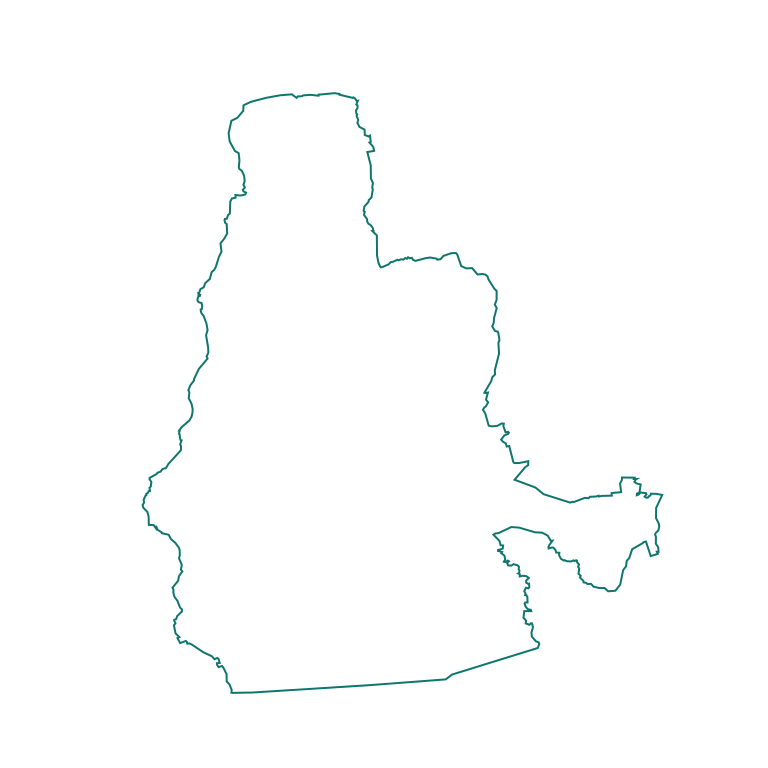 Chapala, Jalisco, Mexico (Equal Earth projection), rotated 81°
{"feature_id": "50627088B97222259694583", "entity_name": "Chapala", "entity_type": "district", "adm_level": 2, "iso_a3": "MEX", "parent_name": "Mexico", "parent_adm1": "Jalisco", "projection": "equal_earth", "projection_center": [-103.201, 20.28], "detail": "fine", "context": "isolated", "style": "outline", "palette": "teal", "viewbox_px": 768, "rotation_deg": 81, "n_neighbors": 0, "source": "geoboundaries", "source_scale": "gbopen_adm2", "svg_char_len": 6130}
<svg xmlns="http://www.w3.org/2000/svg" viewBox="0 0 768 768"><g transform="rotate(81 384 384)"><path d="M592.7,139.1L588.2,138.7L584.2,140.5L577.5,139.3L575.1,139.8L573.7,139.0L571.5,135.9L567.7,134.4L564.8,134.5L559.0,136.3L549.0,134.6L537.1,126.6L535.1,132.1L534.1,137.5L535.8,138.3L536.3,140.0L537.4,141.0L537.5,142.4L536.0,144.2L534.0,142.0L532.7,142.4L531.3,147.7L533.0,149.7L533.4,151.7L531.8,151.3L531.4,148.8L523.4,146.2L521.7,150.1L519.9,152.0L517.8,150.4L517.3,149.2L516.9,152.0L515.7,151.2L513.6,163.6L516.0,164.1L519.2,166.4L527.9,166.7L527.3,176.2L529.9,176.5L528.6,186.5L528.7,189.4L527.9,189.5L528.3,192.2L527.6,198.3L528.8,199.7L527.9,203.6L530.3,215.0L529.8,216.1L530.3,218.6L517.8,243.6L509.9,250.7L499.0,270.0L488.3,257.6L486.7,254.3L482.8,253.6L483.2,262.4L482.5,267.7L481.2,268.5L464.9,270.0L464.9,272.5L461.6,273.1L459.8,275.4L457.3,277.0L453.6,273.2L452.7,269.1L451.6,268.3L450.7,268.8L450.7,271.5L444.4,272.7L441.8,271.9L441.4,274.0L443.1,278.7L442.7,284.3L441.5,287.1L428.9,288.6L425.0,290.4L422.8,288.5L422.2,287.0L418.4,284.0L415.4,285.7L408.7,282.7L408.8,285.0L408.3,286.2L397.9,277.6L394.4,276.1L391.9,272.8L387.8,272.4L371.9,265.6L361.3,264.6L358.7,263.1L351.9,263.1L350.2,263.3L348.9,266.1L344.1,268.1L340.6,266.0L336.3,265.1L326.6,260.8L323.0,262.1L318.4,259.6L309.7,258.2L307.3,260.0L297.2,264.4L293.7,265.0L291.7,266.9L290.7,269.9L290.5,274.4L283.3,278.9L282.7,284.6L279.6,289.3L267.5,291.4L265.9,292.5L265.3,297.0L266.8,305.3L269.5,308.6L269.6,311.8L268.4,312.5L266.3,318.6L266.2,322.9L267.3,333.8L265.9,335.9L263.7,336.8L263.9,339.0L262.6,340.4L263.9,341.7L262.9,343.2L264.2,345.4L263.5,347.5L264.1,350.1L263.4,351.3L264.7,356.0L264.6,358.1L266.6,360.9L268.2,367.2L268.3,368.8L267.3,369.4L263.6,370.5L256.0,370.8L236.1,367.8L231.0,371.7L230.9,370.4L227.7,370.8L224.9,372.4L223.3,374.3L220.9,375.2L218.5,374.9L213.9,377.3L210.9,376.1L210.4,376.9L209.4,376.9L205.6,375.6L201.7,370.8L200.0,370.3L197.8,367.2L190.0,364.6L188.2,364.9L183.7,363.5L178.9,364.8L166.0,362.9L152.3,364.2L152.2,356.3L152.2,357.4L148.2,357.5L143.2,360.6L142.8,359.3L136.5,358.9L137.1,360.5L135.1,364.0L129.7,363.4L126.2,368.1L121.9,369.4L119.2,368.2L114.8,369.1L113.5,368.3L112.2,369.1L109.3,368.8L107.3,367.0L104.7,366.5L103.6,367.6L100.1,365.5L100.2,366.7L97.5,367.9L96.1,369.4L96.5,370.1L91.3,382.8L90.5,382.6L89.0,387.5L88.1,402.2L87.8,403.2L87.1,403.1L89.0,403.6L86.9,411.3L86.3,418.8L86.9,419.8L86.5,424.2L87.7,425.6L83.5,429.7L82.6,441.2L82.9,455.6L84.5,471.4L86.6,478.6L86.9,479.2L92.2,480.3L98.2,487.3L100.1,493.5L111.9,498.2L120.1,498.5L130.5,494.8L133.3,491.4L140.6,491.8L147.3,493.5L149.0,493.2L151.3,491.0L156.6,489.6L162.0,489.9L165.2,491.7L168.1,490.7L170.2,493.1L171.8,492.6L173.4,490.3L175.1,491.4L175.4,494.2L175.3,496.7L174.1,501.2L176.7,501.4L177.0,505.2L179.8,507.3L191.5,509.6L192.7,511.6L196.1,513.4L196.1,515.3L197.4,515.9L199.8,515.7L201.4,514.4L210.7,515.3L215.2,518.8L219.5,523.5L227.9,523.8L232.7,527.2L242.0,531.8L244.7,533.8L246.5,536.7L253.0,539.6L256.3,544.7L260.2,546.9L261.7,550.6L265.0,552.2L265.0,553.2L266.8,553.3L267.2,551.6L268.3,552.2L268.1,553.4L270.8,554.9L273.0,555.1L274.4,553.9L275.5,551.5L279.2,551.4L281.6,552.3L281.7,553.4L283.6,553.5L285.6,553.2L288.5,551.5L296.6,549.9L303.1,549.8L308.0,552.1L320.6,552.0L325.6,552.6L329.1,554.9L331.3,554.3L340.1,564.5L349.5,570.9L350.7,571.0L354.9,575.4L359.3,578.1L362.0,577.6L367.6,579.1L373.2,577.2L378.9,576.9L382.8,577.8L386.4,579.3L389.7,582.1L395.0,590.7L398.0,593.7L398.2,593.1L401.1,594.3L401.8,593.7L405.4,594.0L407.9,593.6L408.1,592.8L411.8,594.8L413.6,594.2L417.7,595.0L429.1,609.3L432.9,612.5L433.3,616.0L435.6,618.4L436.2,621.6L437.4,622.8L440.1,630.2L441.3,630.5L444.4,629.1L448.8,630.4L449.9,631.9L453.2,631.9L453.1,633.3L454.5,634.1L455.2,635.9L456.5,636.0L456.8,636.9L460.7,639.5L463.7,639.6L465.8,641.4L468.5,641.1L473.4,637.7L478.0,637.2L486.4,638.3L487.3,633.6L490.4,632.1L489.2,631.9L489.2,631.2L492.5,630.5L495.7,626.9L496.6,626.8L499.2,620.3L503.8,618.7L508.2,615.0L513.1,612.4L516.0,611.8L521.3,612.5L524.0,613.7L531.1,612.0L535.5,613.6L537.5,612.5L541.9,616.7L546.1,618.1L552.2,624.8L554.0,624.1L557.3,624.7L561.6,624.2L565.7,622.0L572.9,620.4L575.1,618.8L577.1,619.2L580.8,624.5L583.7,626.1L584.1,628.1L584.8,628.3L587.7,627.4L589.5,629.2L597.7,628.9L602.0,625.7L602.6,627.7L608.0,625.9L606.8,619.9L607.9,619.0L609.7,618.9L609.8,616.8L611.1,614.8L620.7,604.4L626.0,596.6L629.3,594.5L628.5,591.7L629.6,590.5L633.8,589.9L633.6,592.7L635.3,592.8L637.7,591.7L637.2,588.1L639.2,587.0L645.8,584.9L653.3,585.9L656.5,583.6L662.3,582.3L665.0,583.0L665.3,582.3L668.1,562.6L679.4,442.9L685.4,369.3L681.6,362.1L668.8,273.5L665.1,271.3L663.4,271.6L661.8,274.3L656.7,277.4L652.8,277.3L647.5,274.9L643.6,275.3L643.3,276.3L644.6,278.1L642.6,281.5L640.0,280.7L636.7,282.8L630.3,281.0L631.4,274.1L630.0,274.3L629.0,277.1L626.2,278.9L622.7,279.5L621.9,278.7L622.2,276.4L616.7,275.7L614.8,276.5L614.6,277.7L612.9,277.0L610.5,277.9L607.5,275.7L608.4,273.4L607.5,272.3L604.0,272.0L604.1,272.7L602.6,274.5L601.7,274.6L600.2,274.2L598.3,271.3L596.1,273.4L595.1,276.8L595.3,280.0L593.3,279.6L592.2,280.9L592.1,280.1L589.3,279.4L588.1,280.0L585.6,279.3L584.0,280.4L582.2,284.2L583.3,286.5L582.6,289.8L579.8,290.4L578.6,288.4L577.8,289.3L578.8,292.1L578.3,293.4L576.2,291.7L572.4,291.9L569.4,294.7L568.3,293.7L566.7,297.5L565.8,297.3L565.2,292.5L562.1,291.6L561.5,294.1L557.1,294.5L549.9,299.5L549.1,297.6L549.1,293.9L545.2,280.7L546.9,273.2L554.1,258.0L555.6,251.0L559.4,246.0L565.0,243.8L565.1,242.1L568.6,245.6L570.7,247.1L572.2,247.1L571.7,243.5L572.2,242.3L574.6,240.6L577.4,240.3L578.1,237.2L580.4,237.9L584.3,236.6L586.6,233.8L586.3,233.1L587.7,230.9L588.5,227.0L587.9,224.3L588.6,223.7L588.2,221.7L588.6,221.1L589.9,221.3L592.9,219.6L594.9,220.9L596.8,220.1L601.9,221.6L604.3,219.7L605.8,220.7L609.7,217.9L611.2,217.9L611.9,215.6L613.3,214.4L613.8,210.8L617.0,208.7L619.3,203.0L620.0,198.1L623.8,195.0L624.4,187.8L619.1,182.1L605.2,176.9L602.0,173.5L596.6,171.9L594.4,169.1L586.0,164.7L581.7,153.5L580.8,152.5L580.6,149.9L595.7,147.5L594.6,140.1L592.4,140.7L592.7,139.1Z" fill="none" stroke="#0f766e" stroke-width="2"/></g></svg>